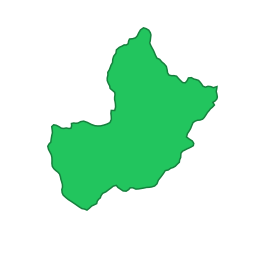 Fronteira dos Vales, Minas Gerais, Brazil (Albers equal-area conic projection), rotated 304°
{"feature_id": "56859067B67250992037415", "entity_name": "Fronteira dos Vales", "entity_type": "district", "adm_level": 2, "iso_a3": "BRA", "parent_name": "Brazil", "parent_adm1": "Minas Gerais", "projection": "albers", "projection_center": [-40.829, -16.89], "detail": "fine", "context": "isolated", "style": "filled", "palette": "green", "viewbox_px": 256, "rotation_deg": 304, "n_neighbors": 0, "source": "geoboundaries", "source_scale": "gbopen_adm2", "svg_char_len": 2636}
<svg xmlns="http://www.w3.org/2000/svg" viewBox="0 0 256 256"><g transform="rotate(304 128 128)"><path d="M152.0,191.1L153.2,188.6L153.1,185.2L153.3,181.5L156.5,180.4L159.5,180.4L162.5,180.2L166.2,179.4L168.9,178.9L171.4,179.9L173.3,181.3L174.8,183.2L177.1,184.9L179.3,185.3L182.3,185.3L185.3,185.2L187.7,185.5L190.0,185.6L192.3,186.3L195.4,186.8L196.7,184.0L199.2,185.1L201.8,185.4L203.7,184.7L205.8,182.7L207.6,180.7L210.2,179.6L212.1,178.6L209.2,176.3L208.6,173.5L207.3,171.0L205.1,169.3L204.6,166.7L205.5,164.6L206.3,162.3L206.9,159.9L206.3,157.6L205.4,155.1L205.2,152.4L203.3,150.1L200.4,150.5L197.5,150.2L196.2,147.9L196.8,144.5L197.3,142.1L198.1,139.3L197.1,136.8L195.8,135.0L194.8,132.5L195.8,130.0L198.1,127.9L200.5,125.3L201.4,122.1L201.7,119.0L202.6,115.9L202.1,112.9L203.7,110.0L205.4,107.5L206.7,105.4L207.7,103.4L209.1,100.8L210.7,98.4L212.7,97.7L215.2,96.4L217.9,95.0L219.5,93.2L220.7,90.5L220.5,87.4L219.7,84.8L216.3,83.5L212.8,83.7L209.6,84.2L207.0,83.8L204.7,82.0L202.6,79.5L200.3,79.9L198.0,81.0L195.9,80.2L194.7,78.3L192.8,77.4L190.0,75.7L186.3,74.7L183.2,76.2L179.5,76.0L176.3,77.0L173.6,78.6L170.6,78.8L168.3,79.4L165.7,80.0L162.9,80.1L160.7,81.7L157.8,82.8L155.7,84.3L154.1,86.6L152.7,89.2L150.8,91.1L150.5,94.0L150.1,97.1L148.2,98.7L146.2,99.6L144.1,101.0L142.4,102.8L140.7,104.3L138.4,106.0L135.1,107.2L133.2,104.3L130.5,105.7L128.3,107.6L125.8,109.4L122.4,110.0L119.7,108.5L117.2,106.6L114.5,104.2L112.7,101.7L111.4,99.3L110.4,95.4L109.9,91.2L108.9,87.4L106.8,85.2L104.3,83.9L102.8,82.2L101.8,80.2L100.1,78.6L98.2,80.1L95.8,80.8L94.5,79.2L93.5,76.8L91.7,75.0L90.6,73.0L90.5,69.9L90.1,66.9L89.1,64.6L86.5,64.0L83.8,66.4L81.7,68.1L79.2,69.0L75.9,70.5L73.1,71.9L70.8,71.5L68.0,71.7L65.8,74.1L64.4,76.7L62.9,79.4L61.0,81.4L58.5,83.2L56.0,84.8L53.9,86.7L52.8,89.2L52.4,91.6L52.2,94.5L51.6,96.9L50.0,99.0L47.9,101.1L46.5,102.9L44.5,105.2L42.3,106.8L39.9,107.6L37.5,109.6L36.1,111.9L35.6,115.3L35.3,118.7L35.4,121.6L35.4,124.2L35.4,127.2L35.3,130.9L35.4,134.8L36.5,137.3L37.0,139.9L39.9,140.8L43.0,141.5L45.7,143.1L47.8,144.3L50.1,143.4L52.5,143.5L54.6,144.1L56.7,143.5L59.6,143.5L62.8,145.4L66.5,146.6L68.7,147.4L71.6,148.3L73.9,150.4L73.1,152.9L73.1,159.1L74.6,161.8L77.3,163.0L79.7,163.3L81.2,165.6L81.7,168.6L83.3,170.7L84.9,172.4L87.2,174.8L89.2,176.7L90.5,178.5L92.3,180.5L94.8,182.5L97.9,183.2L101.7,182.3L105.5,182.6L110.0,182.8L113.5,182.7L115.8,184.9L118.5,185.9L120.5,187.5L122.8,188.6L125.7,189.1L128.3,189.7L130.5,188.6L132.9,188.2L134.8,187.1L136.7,186.0L139.3,186.2L141.8,187.6L143.7,188.6L145.6,189.8L147.7,191.0L149.9,192.0L152.0,191.1Z" fill="#22c55e" stroke="#15803d" stroke-width="1.5"/></g></svg>